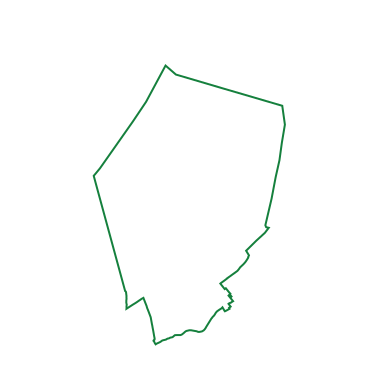 San Agustín de las Juntas, Oaxaca, Mexico (Equal Earth projection), rotated 231°
{"feature_id": "50627088B60730014826976", "entity_name": "San Agustín de las Juntas", "entity_type": "district", "adm_level": 2, "iso_a3": "MEX", "parent_name": "Mexico", "parent_adm1": "Oaxaca", "projection": "equal_earth", "projection_center": [-96.708, 16.991], "detail": "fine", "context": "isolated", "style": "outline", "palette": "green", "viewbox_px": 384, "rotation_deg": 231, "n_neighbors": 0, "source": "geoboundaries", "source_scale": "gbopen_adm2", "svg_char_len": 2183}
<svg xmlns="http://www.w3.org/2000/svg" viewBox="0 0 384 384"><g transform="rotate(231 192 192)"><path d="M202.2,316.4L253.5,280.9L293.4,253.4L306.9,251.0L291.0,213.1L284.0,190.4L268.3,135.3L266.4,125.8L253.5,120.1L157.1,77.7L156.7,77.8L156.4,77.9L156.0,77.8L155.5,77.6L153.8,76.5L152.5,75.7L152.4,75.6L150.8,74.3L150.3,74.0L149.5,73.2L149.2,72.8L148.6,72.4L148.2,72.0L147.8,71.6L147.1,71.2L146.1,70.6L145.7,70.5L144.2,69.0L143.1,68.2L142.5,67.6L141.7,75.1L141.3,78.1L141.1,80.0L141.0,81.6L140.9,82.9L140.8,83.8L140.7,85.4L140.6,86.0L140.3,87.6L135.0,85.9L131.8,84.9L131.0,84.5L130.7,84.4L129.4,83.9L128.2,83.6L127.1,83.2L126.7,83.1L120.7,81.1L115.4,78.2L114.5,77.7L113.1,77.0L111.5,76.1L108.5,74.5L104.2,72.1L102.9,71.4L101.9,70.9L101.2,70.4L101.2,70.1L100.8,69.7L100.9,69.0L100.6,68.4L100.4,68.4L100.2,68.4L99.8,68.5L97.9,68.0L96.5,67.9L96.4,69.1L95.7,71.8L95.4,73.1L95.3,75.4L94.8,76.6L94.2,77.8L94.0,78.3L93.6,79.2L93.6,80.0L93.4,80.8L93.0,81.5L92.7,82.2L92.5,83.5L91.6,85.1L91.4,86.2L91.5,87.4L91.5,88.6L89.9,90.8L88.7,92.2L88.0,93.1L87.6,94.6L87.6,97.0L87.7,98.2L87.7,99.4L87.5,100.3L86.9,101.5L86.3,102.8L85.2,104.2L80.8,108.0L79.8,108.5L79.0,109.2L78.5,109.9L77.4,112.0L77.1,114.0L77.3,115.5L77.8,117.2L78.2,118.1L81.5,127.6L81.5,128.0L81.9,129.4L82.1,131.4L82.5,132.7L83.2,134.6L83.5,136.4L83.3,139.3L83.1,140.7L83.0,141.7L83.2,143.1L82.5,143.0L79.2,142.5L78.6,142.5L78.2,144.2L77.6,147.7L78.7,147.9L78.7,148.7L78.6,149.5L78.6,149.9L82.1,150.0L82.1,150.4L82.1,150.8L82.0,151.2L81.8,151.9L81.6,152.3L81.5,152.7L81.5,153.1L81.5,153.6L81.4,154.4L81.3,155.2L82.6,155.2L88.5,155.2L88.6,156.0L85.7,156.0L85.9,156.7L85.9,156.9L88.7,156.9L88.8,157.8L89.0,157.8L90.4,157.7L90.5,157.7L92.3,157.7L94.5,157.7L95.9,157.7L96.0,156.3L103.0,156.4L103.0,157.7L102.8,161.4L102.7,164.4L102.7,165.1L102.8,165.1L102.2,175.7L102.1,177.7L102.6,180.1L103.2,182.1L103.2,182.6L103.3,183.8L103.5,186.5L103.9,189.0L104.2,190.2L104.7,191.8L105.0,192.7L105.6,194.4L106.0,194.6L106.8,196.2L106.9,196.4L112.3,197.1L113.7,211.4L114.4,223.0L115.9,229.1L118.0,227.5L120.0,228.1L136.7,249.6L151.0,266.5L161.6,279.9L173.7,292.8L185.9,306.6L202.2,316.4Z" fill="none" stroke="#15803d" stroke-width="2"/></g></svg>